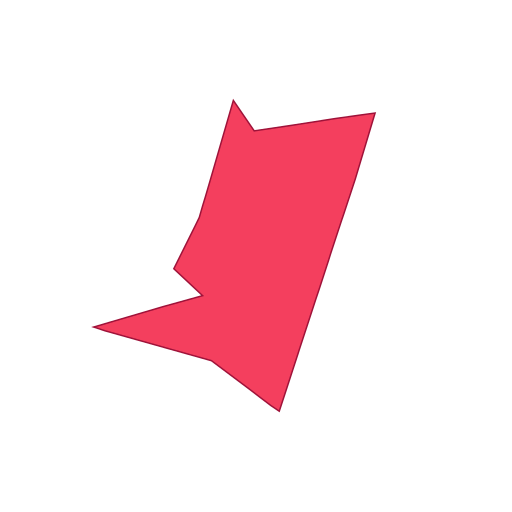 the district of Lajedo, Pernambuco, Brazil, rotated 239°
{"feature_id": "56859067B99804914790127", "entity_name": "Lajedo", "entity_type": "district", "adm_level": 2, "iso_a3": "BRA", "parent_name": "Brazil", "parent_adm1": "Pernambuco", "projection": "albers", "projection_center": [-36.292, -8.674], "detail": "fine", "context": "isolated", "style": "filled", "palette": "rose", "viewbox_px": 512, "rotation_deg": 239, "n_neighbors": 0, "source": "geoboundaries", "source_scale": "gbopen_adm2", "svg_char_len": 589}
<svg xmlns="http://www.w3.org/2000/svg" viewBox="0 0 512 512"><g transform="rotate(239 256 256)"><path d="M189.2,163.9L144.9,181.9L132.2,186.9L120.2,191.7L111.0,196.0L121.9,208.6L150.2,241.2L153.9,245.4L173.0,267.5L188.5,285.4L194.8,292.8L214.5,315.5L219.5,321.1L242.2,347.4L247.1,353.2L270.8,380.7L280.1,390.9L317.2,431.7L322.6,419.2L333.1,394.5L349.5,354.2L364.2,318.9L401.0,316.7L347.4,258.9L343.5,254.7L332.9,243.2L326.5,236.1L318.3,227.3L313.8,220.4L287.4,179.0L249.5,189.8L260.5,150.1L278.7,80.3L269.6,88.1L189.2,163.9Z" fill="#f43f5e" stroke="#9f1239" stroke-width="1.5"/></g></svg>